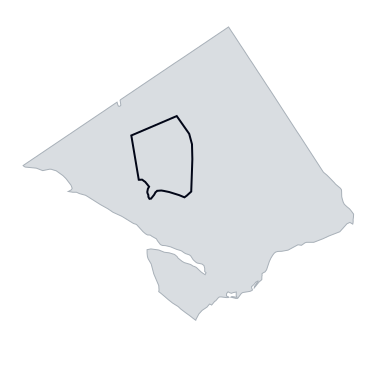 Al-Kharga Oasis, Al Wadi at Jadid, Egypt (highlighted), rotated 146°
{"feature_id": "37247803B20145410144228", "entity_name": "Al-Kharga Oasis", "entity_type": "district", "adm_level": 2, "iso_a3": "EGY", "parent_name": "Egypt", "parent_adm1": "Al Wadi at Jadid", "projection": "robinson", "projection_center": [32.312, 25.153], "detail": "fine", "context": "in_parent", "style": "outline", "palette": "ink", "viewbox_px": 384, "rotation_deg": 146, "n_neighbors": 0, "source": "geoboundaries", "source_scale": "gbopen_adm2", "svg_char_len": 3659}
<svg xmlns="http://www.w3.org/2000/svg" viewBox="0 0 384 384"><g transform="rotate(146 192 192)"><path d="M317.2,308.4L310.4,308.4L303.6,308.4L296.7,308.4L289.9,308.4L283.1,308.4L276.2,308.4L269.4,308.4L262.5,308.4L255.7,308.4L248.9,308.4L242.0,308.4L235.2,308.4L228.3,308.4L221.5,308.4L214.7,308.4L207.8,308.4L203.9,308.4L204.6,306.3L205.0,304.8L204.6,303.7L203.2,303.5L202.4,303.8L200.3,308.3L199.2,308.5L196.8,308.5L188.8,308.5L180.9,308.5L172.9,308.5L165.0,308.5L157.0,308.5L149.0,308.5L141.1,308.5L133.1,308.5L125.1,308.4L117.2,308.4L109.2,308.4L101.3,308.4L93.3,308.4L85.3,308.4L77.4,308.4L69.4,308.4L69.5,303.0L69.5,297.6L69.6,292.2L69.7,286.8L69.7,281.4L69.8,276.0L69.9,270.5L69.9,265.1L70.0,259.7L70.1,254.3L70.1,248.9L70.2,243.5L70.3,238.0L70.3,232.6L70.4,227.2L70.5,221.8L70.6,216.4L70.7,211.0L70.8,205.6L70.9,200.1L71.0,194.7L71.1,189.3L71.2,183.9L71.2,178.5L71.3,173.1L71.4,167.7L71.5,162.2L71.6,156.8L71.7,151.4L71.8,146.0L71.9,140.6L72.0,135.2L71.8,134.2L70.7,130.5L69.8,125.8L68.8,120.1L68.6,118.2L66.9,112.3L66.8,110.6L67.3,109.4L70.5,104.4L71.4,102.0L72.3,99.1L72.6,96.7L71.8,93.1L70.8,89.9L70.5,86.5L70.4,83.3L72.1,81.0L74.0,78.9L74.7,77.7L75.9,76.2L76.7,75.5L78.1,78.5L81.3,79.0L91.7,76.4L103.2,79.0L109.5,80.0L119.2,82.2L125.1,86.2L126.7,86.7L131.0,86.6L133.7,89.0L144.9,90.1L150.8,92.7L154.2,94.8L156.2,95.4L158.0,95.3L160.4,94.5L163.5,93.1L166.8,91.1L173.7,85.8L176.2,84.9L177.8,85.2L179.7,85.1L180.5,83.7L181.5,82.7L182.2,81.6L183.2,80.3L186.8,79.9L194.0,77.7L193.2,78.7L186.6,81.3L189.4,81.6L192.3,80.7L195.6,80.2L196.2,79.1L196.6,77.1L197.2,76.8L199.5,77.2L206.2,80.3L207.9,80.3L212.6,78.6L213.6,78.3L215.1,79.2L218.6,83.1L217.4,83.0L213.7,79.7L213.3,81.4L211.2,84.3L213.9,85.5L216.0,86.0L217.2,87.6L217.9,89.1L220.1,88.5L221.6,86.5L220.8,85.4L220.3,84.2L221.0,84.2L222.5,85.2L226.7,88.9L228.2,89.7L229.8,89.5L233.3,88.5L234.2,88.7L238.9,87.3L239.4,88.3L240.2,89.3L243.9,88.2L249.8,88.2L254.6,87.0L260.2,84.0L260.6,83.6L260.9,84.3L261.6,86.3L263.3,91.5L264.8,95.5L266.7,101.1L267.2,103.2L267.5,104.7L270.2,110.8L271.8,115.9L272.9,120.0L274.6,126.0L275.3,128.0L274.2,129.1L271.9,133.0L269.5,145.4L266.1,155.1L265.7,161.1L265.1,163.3L263.5,166.3L261.5,169.3L257.9,167.8L252.0,162.5L248.6,157.5L244.9,154.3L241.4,150.0L240.5,146.9L240.5,144.9L239.0,140.1L237.9,137.8L233.7,132.7L232.5,129.9L231.5,128.7L230.6,127.0L229.1,120.3L227.4,116.1L225.5,117.2L225.9,119.0L224.2,121.5L223.2,124.3L224.0,126.7L227.4,130.2L228.1,131.8L228.9,135.2L228.8,139.7L229.3,141.3L231.9,144.7L232.8,146.7L233.4,148.5L234.3,150.0L236.8,153.0L240.5,158.6L244.0,162.4L246.5,164.3L247.6,166.1L247.9,170.9L247.7,173.1L249.9,177.4L250.7,179.6L252.9,181.3L253.9,183.3L254.8,186.6L256.2,196.2L258.1,198.6L263.9,211.3L268.8,219.3L271.2,225.3L274.9,232.6L282.0,248.7L286.2,253.6L287.9,256.4L291.0,258.5L294.3,261.6L291.2,261.3L290.4,261.5L289.3,262.0L288.8,263.9L288.5,265.4L289.0,273.6L289.8,277.7L292.7,285.5L294.7,287.9L295.8,289.4L297.2,290.5L303.8,293.2L307.7,298.8L316.4,306.0L317.2,308.0L317.2,308.4Z" fill="#d9dde1" stroke="#a8b0b8" stroke-width="1"/><path d="M162.2,263.5L210.7,272.8L229.3,231.9L229.2,231.8L226.4,230.1L225.7,228.0L225.7,227.9L225.6,227.7L225.1,226.5L225.1,226.4L225.1,226.1L224.8,223.0L224.8,222.9L224.6,220.4L226.8,219.3L229.1,217.0L229.6,215.7L229.9,213.9L230.8,212.5L230.8,212.3L230.9,212.2L231.1,210.5L231.0,210.4L231.0,210.2L230.9,210.2L229.7,209.4L227.1,210.2L224.9,210.9L222.4,212.2L220.8,212.3L220.3,212.5L216.6,210.4L214.8,208.7L210.9,204.7L204.4,196.6L202.1,193.1L201.2,191.8L198.4,191.9L195.8,192.3L192.4,192.8L178.0,212.6L173.3,219.1L165.3,231.6L161.8,241.8L162.2,263.5Z" fill="none" stroke="#020617" stroke-width="2"/></g></svg>